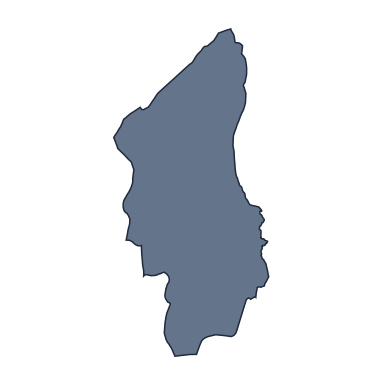 Hornindal nor, Sogn og Fjordane, Norway, rotated 273°
{"feature_id": "86288312B93534014402224", "entity_name": "Hornindal nor", "entity_type": "district", "adm_level": 2, "iso_a3": "NOR", "parent_name": "Norway", "parent_adm1": "Sogn og Fjordane", "projection": "robinson", "projection_center": [6.586, 61.998], "detail": "fine", "context": "isolated", "style": "filled", "palette": "slate", "viewbox_px": 384, "rotation_deg": 273, "n_neighbors": 0, "source": "geoboundaries", "source_scale": "gbopen_adm2", "svg_char_len": 5831}
<svg xmlns="http://www.w3.org/2000/svg" viewBox="0 0 384 384"><g transform="rotate(273 192 192)"><path d="M242.3,111.0L240.4,111.9L233.5,114.9L231.7,115.5L229.8,117.5L225.3,122.7L221.2,126.9L219.7,128.8L218.4,130.0L215.1,131.2L213.3,131.9L211.4,132.8L202.6,132.1L198.7,132.3L195.2,131.5L191.7,130.3L188.8,129.0L185.8,127.3L182.6,125.7L180.9,124.8L179.8,124.4L177.8,124.0L176.1,123.9L173.2,124.1L172.0,124.4L170.5,124.9L169.2,125.6L168.4,126.4L167.8,127.1L167.5,128.0L166.5,128.7L165.7,129.4L162.6,131.0L161.6,131.3L160.1,131.4L157.6,131.4L155.1,131.1L153.8,130.8L152.9,130.5L150.4,130.1L146.9,129.7L140.5,128.8L140.5,129.6L140.5,131.0L140.6,131.3L140.4,132.1L140.3,132.7L139.6,134.2L138.9,135.4L137.9,136.4L137.5,137.0L136.7,138.1L136.3,138.6L135.9,139.4L135.9,140.0L135.5,140.9L135.5,141.5L135.5,142.0L135.6,143.7L135.9,144.3L133.9,144.4L126.6,145.2L119.4,146.2L116.9,146.5L115.8,146.7L114.4,147.0L113.1,147.4L110.5,147.9L108.1,148.1L105.5,148.1L106.4,148.9L106.8,149.7L107.0,150.4L107.0,151.2L106.7,153.4L106.3,155.1L106.4,155.9L106.4,156.6L106.6,158.2L106.9,160.2L107.3,161.3L108.2,162.9L109.0,165.2L109.7,166.4L110.4,168.0L110.3,168.5L110.1,169.1L109.7,169.7L108.8,171.0L107.1,172.5L106.3,173.1L105.2,173.5L104.3,173.8L103.3,173.9L102.2,173.8L100.9,173.6L99.2,172.6L98.3,172.2L97.0,171.8L95.2,171.4L94.1,171.0L88.1,170.4L86.8,170.4L85.6,170.7L84.1,171.2L80.7,173.6L80.2,175.2L79.1,176.3L77.5,175.8L76.4,175.4L74.1,174.7L71.2,173.7L69.5,173.2L66.1,172.6L60.9,172.0L58.4,171.9L49.7,171.7L43.7,173.7L41.0,175.1L38.5,177.2L36.1,178.8L34.8,179.7L33.2,180.6L30.2,182.0L27.1,183.6L28.2,189.8L29.6,198.2L30.1,205.0L34.2,206.2L39.1,207.7L43.6,209.3L44.6,210.1L46.0,211.3L46.9,212.6L47.7,214.0L48.4,215.5L49.0,217.3L50.7,223.2L50.3,232.2L49.7,238.6L50.2,239.8L50.8,241.0L52.0,242.2L53.4,243.1L55.0,243.7L58.1,244.5L80.5,250.1L86.7,251.7L88.1,252.5L89.1,253.8L88.9,254.8L88.0,256.2L88.1,256.3L88.4,256.8L89.4,258.3L90.5,260.2L90.9,260.7L90.3,261.2L95.1,261.5L97.6,261.9L100.0,262.1L100.8,263.4L100.7,264.6L100.6,265.3L100.5,265.6L100.8,266.5L101.5,267.7L102.0,269.2L104.2,269.5L104.6,269.8L107.2,271.2L108.5,271.7L111.1,272.9L111.8,273.0L113.0,272.5L114.3,272.2L115.9,271.9L124.4,269.5L126.3,268.1L128.3,267.0L129.2,265.6L130.8,265.0L131.6,264.7L132.0,264.3L132.1,264.2L132.5,264.2L132.7,264.3L133.0,264.7L133.3,264.7L133.6,264.7L134.3,264.6L135.0,264.4L135.7,264.1L136.1,264.0L136.4,263.9L137.3,264.2L137.9,264.4L138.4,264.7L138.7,265.0L139.0,265.1L139.6,265.1L140.2,265.1L140.8,265.1L141.0,264.9L141.4,264.8L141.6,264.8L142.1,264.9L142.4,265.2L142.4,265.4L142.4,265.5L142.0,265.9L142.2,266.6L142.4,267.0L142.5,267.4L142.6,267.5L143.0,267.8L143.4,267.9L143.4,268.0L143.6,268.1L143.8,268.2L144.4,268.3L144.5,268.5L144.7,268.8L144.6,269.0L145.0,269.5L145.5,269.7L146.3,270.0L146.8,270.0L146.9,269.7L147.4,267.9L147.6,267.2L148.3,266.9L148.4,266.7L148.4,266.3L148.6,266.1L149.0,266.0L149.0,265.9L148.9,265.5L149.0,265.3L149.0,265.0L148.9,264.6L149.1,263.7L149.3,263.6L150.3,263.5L150.3,263.1L150.6,263.2L150.8,263.2L151.9,263.0L152.2,263.0L153.2,263.1L155.2,263.0L155.3,262.9L156.6,263.0L156.8,262.9L157.0,262.9L157.6,262.2L157.8,261.9L158.2,261.6L158.1,261.4L159.0,261.2L160.4,261.4L161.2,261.4L161.7,261.7L161.8,262.1L161.8,262.4L162.0,262.5L162.4,262.7L163.3,263.1L164.2,263.3L164.7,263.3L164.7,263.6L165.0,264.0L165.1,264.3L165.6,264.5L165.7,264.8L165.8,264.9L166.7,265.2L166.8,265.2L166.9,265.3L167.6,265.6L168.5,265.5L170.6,263.8L171.0,263.5L171.2,263.4L171.7,263.3L172.0,263.1L172.6,262.7L172.9,262.2L173.5,261.2L173.8,261.3L174.2,261.0L174.4,260.9L174.9,260.8L176.1,260.8L176.4,260.9L176.5,261.0L176.5,261.3L176.5,261.7L176.5,261.9L176.4,262.1L176.6,262.2L176.6,262.5L177.4,262.5L180.3,259.7L180.7,259.0L182.1,250.9L183.2,249.7L184.5,248.9L185.6,248.4L186.5,247.8L187.5,247.1L188.2,246.2L189.0,245.7L189.8,245.5L190.8,245.3L192.1,245.1L193.2,244.8L194.3,244.0L194.5,243.5L194.9,243.1L195.6,242.8L195.8,242.5L197.2,242.1L198.2,241.7L199.3,241.4L199.7,241.1L200.1,240.5L200.6,240.1L200.7,239.8L201.1,239.3L201.6,239.0L202.3,238.7L203.0,238.7L203.7,238.3L204.6,237.9L205.9,237.4L208.5,236.5L209.4,235.8L212.2,234.9L216.7,234.0L218.7,233.7L221.8,233.4L225.0,232.9L227.2,232.6L234.5,231.9L238.2,231.0L241.3,230.4L242.4,230.5L244.1,230.4L250.1,230.4L251.1,230.6L251.7,230.8L253.8,231.3L255.3,231.8L257.0,232.3L258.6,232.8L260.7,233.3L264.7,234.7L266.0,235.2L268.5,235.9L270.9,236.6L272.0,237.2L273.1,237.4L275.3,238.5L276.5,238.9L277.3,239.3L279.8,239.8L281.4,240.2L283.5,240.6L284.4,240.7L286.0,240.7L292.8,240.7L293.6,240.6L295.1,239.9L295.7,239.8L297.9,239.0L299.2,238.6L300.5,237.9L301.4,237.7L302.5,238.1L303.4,238.6L304.2,239.2L305.4,239.4L307.1,239.6L310.9,240.2L312.0,240.3L313.8,240.3L318.4,240.1L320.6,239.8L322.7,239.4L324.0,239.1L326.1,238.6L327.5,238.3L328.8,237.6L329.4,237.1L331.4,235.5L332.1,234.7L332.7,234.2L333.7,234.4L334.7,234.5L337.9,234.7L339.8,234.8L340.8,234.8L341.1,234.4L341.9,233.5L342.3,232.9L342.6,232.5L343.2,231.5L343.3,230.8L343.4,229.5L343.4,228.4L343.4,227.7L343.8,227.2L344.9,226.9L346.5,226.6L349.3,226.0L351.0,225.5L353.2,224.1L355.5,222.6L356.9,222.2L355.2,217.5L352.9,212.2L352.4,210.8L352.0,210.1L349.0,208.5L347.8,207.9L344.1,205.7L343.5,205.0L342.1,203.4L338.7,199.9L338.2,198.3L337.9,196.7L335.9,195.1L333.8,194.0L330.8,191.2L328.7,189.6L327.1,188.6L323.0,186.5L321.8,185.8L320.4,184.5L319.4,183.0L308.2,171.9L300.6,164.4L297.4,161.2L296.3,160.1L288.9,152.8L285.9,150.9L284.8,150.3L284.0,149.9L281.6,148.4L276.0,145.0L275.1,144.4L274.3,143.7L273.2,141.8L272.7,140.8L271.9,139.6L271.7,138.7L271.7,137.5L273.9,135.8L273.3,135.1L272.7,134.3L271.3,132.4L270.6,131.5L269.4,129.9L268.1,128.0L266.5,125.8L265.3,124.7L264.4,123.6L262.9,122.2L261.0,120.0L257.5,118.8L255.6,118.1L253.5,117.3L250.6,115.5L247.8,114.2L244.9,112.3L242.3,111.0Z" fill="#64748b" stroke="#1e293b" stroke-width="1.5"/></g></svg>